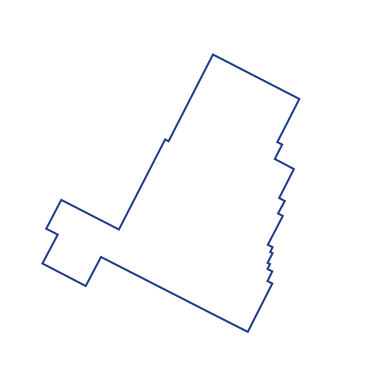 the district of Golden Valley, Montana, United States of America, rotated 27°
{"feature_id": "52423323B93637300431775", "entity_name": "Golden Valley", "entity_type": "district", "adm_level": 2, "iso_a3": "USA", "parent_name": "United States of America", "parent_adm1": "Montana", "projection": "albers", "projection_center": [-109.079, 46.398], "detail": "fine", "context": "isolated", "style": "outline", "palette": "blue", "viewbox_px": 384, "rotation_deg": 27, "n_neighbors": 0, "source": "geoboundaries", "source_scale": "gbopen_adm2", "svg_char_len": 554}
<svg xmlns="http://www.w3.org/2000/svg" viewBox="0 0 384 384"><g transform="rotate(27 192 192)"><path d="M267.6,291.4L305.2,291.3L305.1,237.1L299.7,237.1L299.6,226.3L294.2,226.3L294.2,220.8L291.5,220.9L291.6,210.0L288.9,210.0L288.9,204.6L283.5,204.6L283.8,172.1L278.4,172.1L278.8,157.9L272.4,157.8L272.4,125.3L250.8,125.0L250.8,108.8L245.4,108.8L245.4,60.4L148.3,60.0L148.2,81.6L148.1,157.4L144.2,157.4L143.9,258.6L79.1,258.4L78.8,290.9L91.7,290.9L91.2,323.6L140.0,324.0L140.4,291.2L267.6,291.4Z" fill="none" stroke="#1e3a8a" stroke-width="2"/></g></svg>